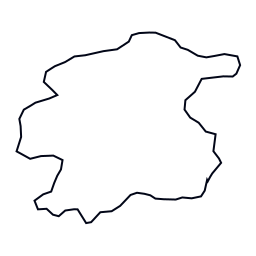 Geumsan-gun, South Chungcheong, South Korea, rotated 91°
{"feature_id": "91817680B68842805087026", "entity_name": "Geumsan-gun", "entity_type": "district", "adm_level": 2, "iso_a3": "KOR", "parent_name": "South Korea", "parent_adm1": "South Chungcheong", "projection": "mercator", "projection_center": [127.492, 36.118], "detail": "fine", "context": "isolated", "style": "outline", "palette": "ink", "viewbox_px": 256, "rotation_deg": 91, "n_neighbors": 0, "source": "geoboundaries", "source_scale": "gbopen_adm2", "svg_char_len": 1152}
<svg xmlns="http://www.w3.org/2000/svg" viewBox="0 0 256 256"><g transform="rotate(91 128 128)"><path d="M90.6,61.7L77.6,55.2L74.7,33.6L74.7,24.2L71.8,20.6L63.2,17.0L54.5,19.9L52.4,32.9L54.5,43.0L56.0,50.9L54.5,59.5L48.8,69.6L46.6,76.8L39.4,82.6L32.2,102.1L32.2,108.5L32.9,118.6L33.4,120.2L35.1,125.8L41.6,128.7L49.5,140.3L51.6,153.9L56.0,172.0L57.4,182.8L63.2,192.1L67.5,202.2L69.6,205.4L73.3,210.9L83.4,213.0L91.3,204.4L96.3,199.3L99.9,207.3L104.3,221.0L107.1,225.3L111.5,232.5L120.8,236.8L128.0,235.4L138.8,234.7L153.3,239.0L155.1,235.5L160.5,225.3L157.6,214.5L156.9,202.2L161.2,192.9L170.6,194.3L177.0,197.9L184.2,200.8L192.9,203.7L195.8,211.6L202.3,220.2L210.9,216.6L210.2,208.0L216.0,201.5L217.4,195.7L211.6,189.3L210.2,180.6L210.2,177.0L223.8,168.2L222.8,163.2L212.7,154.2L211.5,142.9L206.0,134.5L199.5,128.5L194.9,124.3L192.6,117.9L193.5,110.5L194.9,104.5L198.1,99.4L198.6,91.1L198.7,79.0L196.5,72.5L197.2,63.1L195.1,53.8L189.3,50.2L178.5,48.0L179.9,47.3L175.6,45.1L172.0,43.0L161.2,34.3L156.9,36.5L149.7,42.2L132.7,40.3L130.2,50.2L121.5,57.4L116.5,66.0L108.6,71.8L99.2,71.1L90.6,61.7Z" fill="none" stroke="#020617" stroke-width="2"/></g></svg>